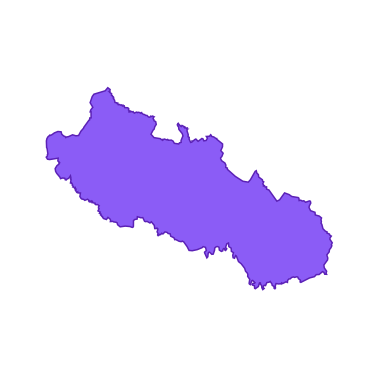 Mae Wong, Nakhon Sawan, Thailand (Natural Earth projection), rotated 200°
{"feature_id": "78962969B87976118596438", "entity_name": "Mae Wong", "entity_type": "district", "adm_level": 2, "iso_a3": "THA", "parent_name": "Thailand", "parent_adm1": "Nakhon Sawan", "projection": "natural_earth1", "projection_center": [99.461, 15.832], "detail": "fine", "context": "isolated", "style": "filled", "palette": "violet", "viewbox_px": 384, "rotation_deg": 200, "n_neighbors": 0, "source": "geoboundaries", "source_scale": "gbopen_adm2", "svg_char_len": 6073}
<svg xmlns="http://www.w3.org/2000/svg" viewBox="0 0 384 384"><g transform="rotate(200 192 192)"><path d="M90.3,223.1L96.7,221.9L99.9,222.8L104.7,222.8L107.0,214.6L109.1,212.4L120.4,220.2L122.9,220.2L123.7,222.3L124.9,221.7L126.0,222.7L126.9,222.1L127.3,223.2L128.3,223.9L128.1,226.1L129.3,226.3L130.1,227.6L134.5,228.9L135.6,231.1L137.5,231.9L138.9,234.0L139.7,233.0L141.3,223.5L142.5,220.5L147.9,219.5L156.7,221.5L166.5,225.4L167.0,226.6L168.7,226.6L169.4,228.9L171.0,230.5L174.7,231.5L176.4,232.9L176.8,234.0L176.1,235.5L176.0,239.1L179.1,240.7L178.8,244.9L179.7,247.6L186.7,250.0L187.0,250.7L187.8,250.5L190.4,251.2L192.7,250.9L193.2,251.8L194.1,252.2L194.6,250.4L197.5,249.1L195.9,247.9L196.3,245.3L198.3,244.1L199.9,245.7L201.0,245.7L203.6,241.7L206.5,243.1L207.6,241.9L208.1,240.6L209.4,239.9L209.0,239.5L209.2,238.8L210.2,238.1L212.8,240.7L213.3,242.4L214.6,242.6L215.2,244.7L217.5,247.6L218.0,249.4L217.7,249.7L218.5,249.7L218.5,250.5L219.5,250.0L220.4,250.2L220.8,249.8L221.5,250.2L221.2,250.7L224.2,251.1L224.6,249.8L227.7,251.2L228.3,251.9L228.7,251.5L228.8,250.1L227.7,249.0L227.2,249.1L225.7,246.3L221.1,243.5L219.7,241.6L219.9,236.7L219.2,234.9L220.6,233.9L220.9,232.6L225.2,231.7L227.3,233.4L229.2,233.7L231.8,232.6L232.8,233.1L233.2,232.4L236.1,232.3L237.2,230.8L237.5,231.4L238.5,230.7L240.0,231.3L246.3,230.1L250.3,232.3L249.7,236.9L249.1,238.0L249.3,240.6L248.7,243.3L250.2,245.7L252.1,246.0L252.6,247.0L253.6,247.5L253.8,248.8L253.3,249.7L255.0,249.9L256.0,249.0L256.7,249.2L257.3,247.8L258.6,247.6L260.5,248.6L261.8,248.1L263.0,248.6L264.0,248.3L266.0,248.8L266.5,249.4L267.4,248.4L268.1,248.8L270.0,248.5L270.5,247.9L271.5,248.1L273.2,246.4L274.9,247.4L275.4,246.8L277.4,247.0L277.5,246.1L278.6,245.7L279.0,247.2L279.8,247.4L280.0,248.7L281.2,249.2L284.2,248.3L285.2,249.8L286.3,249.2L286.6,249.9L287.3,249.3L287.9,249.8L289.0,249.2L289.8,249.5L291.0,248.9L291.2,249.4L292.1,249.4L292.3,250.1L292.8,249.7L293.3,250.1L295.0,249.8L296.2,251.8L297.8,252.8L297.6,253.4L298.4,254.5L299.2,254.4L299.8,255.3L300.7,255.3L301.2,256.9L303.5,257.5L303.4,258.2L304.1,258.3L303.7,258.6L304.0,260.3L306.8,261.2L308.2,257.4L317.6,250.4L318.4,247.6L318.3,241.1L314.2,237.7L315.2,234.4L315.1,232.5L314.3,232.8L312.2,227.2L313.4,226.6L312.9,224.7L313.4,224.2L315.8,215.7L315.7,215.0L317.2,211.1L317.9,206.3L320.3,205.1L323.8,204.9L327.1,201.7L328.9,200.7L329.2,200.0L330.4,200.8L331.6,200.7L334.1,201.7L335.6,203.8L338.7,203.0L341.5,200.5L343.5,197.6L344.5,196.7L345.0,196.9L346.3,194.4L346.6,192.5L346.3,190.2L343.8,184.0L343.1,183.4L340.4,178.4L340.7,177.9L340.2,176.3L340.9,174.9L339.0,173.4L336.9,173.8L329.3,178.0L328.7,175.3L326.9,174.6L327.0,174.0L326.4,174.0L326.7,172.5L327.9,170.6L328.6,167.2L327.2,164.7L325.4,163.2L321.1,160.7L320.1,159.6L318.4,160.9L316.2,161.4L315.2,160.1L314.2,160.4L314.0,161.3L312.5,162.7L311.8,165.7L310.5,163.6L310.6,162.6L309.9,162.3L309.3,159.0L308.4,159.4L308.2,158.7L307.4,158.7L306.8,158.1L306.7,157.2L305.3,156.6L305.5,156.0L304.8,156.1L303.5,155.3L303.2,155.9L303.0,155.3L302.1,155.1L302.3,154.8L301.9,154.3L302.3,153.9L300.2,152.3L299.7,152.8L299.7,152.3L299.2,152.2L299.1,152.6L298.3,152.3L296.5,152.9L295.8,149.4L294.2,148.1L293.3,147.7L291.2,148.0L289.9,147.5L287.6,149.5L286.3,149.0L286.0,148.2L285.1,148.7L284.9,148.0L284.7,148.3L283.7,148.0L283.3,149.0L282.5,148.1L282.2,148.9L281.5,148.0L279.2,148.3L279.0,147.5L278.0,147.2L276.4,147.9L274.5,147.3L274.8,146.3L274.4,144.9L273.6,144.5L273.9,142.1L271.4,141.7L271.7,140.3L270.2,140.2L270.0,139.1L269.2,139.2L268.7,138.4L267.6,138.2L267.4,137.6L266.0,136.8L263.0,136.9L262.3,139.4L259.9,138.6L258.8,137.6L258.6,136.3L256.4,137.3L255.4,137.1L253.0,137.6L251.8,137.4L250.7,135.8L247.6,134.7L243.1,137.1L238.6,138.3L236.0,138.3L235.3,139.0L235.3,139.7L237.2,145.1L236.4,146.6L234.3,147.8L234.9,150.1L231.2,150.3L229.5,151.1L226.6,148.3L225.7,148.2L224.1,149.0L220.9,148.5L220.0,150.1L216.0,147.7L214.5,144.9L212.8,145.5L212.6,146.1L211.7,145.9L211.2,144.8L211.2,142.6L209.7,141.4L209.6,139.8L209.0,139.4L208.5,139.6L207.8,141.1L206.9,141.2L206.4,142.8L205.0,142.6L203.7,145.3L201.4,145.5L200.3,144.8L198.2,145.2L196.9,143.2L193.3,142.8L191.9,141.3L191.2,141.8L187.3,141.3L185.2,141.6L184.3,142.5L182.7,142.3L177.9,139.0L174.8,136.1L171.7,136.9L167.4,139.6L163.6,143.0L162.8,144.5L160.4,144.6L158.5,141.9L159.6,139.8L159.4,139.2L155.5,135.2L155.0,136.6L155.8,139.8L155.7,140.9L154.9,141.5L152.1,140.2L150.8,140.9L150.9,145.1L151.5,147.1L150.5,148.9L149.3,149.5L147.7,149.3L146.5,146.8L144.1,146.2L143.0,147.2L143.2,149.0L142.7,149.8L142.0,149.8L141.0,148.5L140.4,148.5L139.9,150.5L141.5,151.4L141.6,155.2L140.3,156.5L138.7,153.3L136.0,152.6L134.7,149.7L132.3,149.2L132.1,146.5L130.9,144.3L129.4,144.3L129.3,147.2L128.4,147.0L124.5,142.5L121.2,141.4L116.4,138.3L114.6,135.9L112.3,134.7L111.4,133.7L110.8,131.7L107.9,129.7L107.1,125.7L106.5,125.1L105.5,124.9L105.4,129.2L104.7,129.7L101.8,128.3L102.0,127.7L103.6,126.8L103.8,125.5L103.3,125.2L101.3,125.3L100.2,122.9L99.4,122.8L97.3,125.9L97.5,129.6L97.1,130.0L96.6,129.9L96.1,128.7L94.6,127.9L93.6,125.9L92.1,124.5L91.2,126.0L92.2,126.4L92.7,128.0L92.2,129.1L90.9,129.2L90.7,132.5L88.7,133.6L88.0,134.7L85.6,133.1L84.7,131.7L82.7,131.3L81.9,129.6L81.0,129.4L80.7,130.3L81.6,132.1L81.7,134.7L78.9,135.3L77.4,136.2L76.8,136.0L76.6,137.3L75.6,136.9L73.0,139.7L71.4,139.7L71.9,141.6L71.3,143.3L69.9,144.1L69.2,145.7L67.6,146.9L66.5,146.8L64.5,148.2L63.4,148.2L62.4,147.0L59.8,146.1L59.7,144.5L58.8,144.3L52.1,151.5L48.0,154.3L46.9,156.9L44.4,157.9L42.1,161.8L40.6,161.6L39.1,160.1L37.4,160.7L38.2,161.5L38.4,163.6L41.8,166.0L43.1,168.5L41.4,174.5L41.8,176.4L43.8,179.0L42.6,182.6L43.1,184.8L42.4,187.0L42.2,189.3L43.0,190.1L42.8,192.2L46.3,194.8L46.6,196.1L46.0,198.2L47.7,198.6L48.5,199.5L51.1,199.6L51.4,200.7L53.3,200.8L56.4,202.3L59.0,206.1L60.0,206.7L60.4,208.7L61.3,209.9L61.4,211.9L64.2,212.9L68.3,212.6L69.5,215.0L74.2,215.0L76.7,217.4L77.0,218.9L76.6,222.2L77.6,223.8L78.6,223.8L81.8,221.2L83.9,222.0L85.4,221.2L87.0,221.5L88.4,220.6L89.4,222.7L90.3,223.1Z" fill="#8b5cf6" stroke="#5b21b6" stroke-width="1.5"/></g></svg>